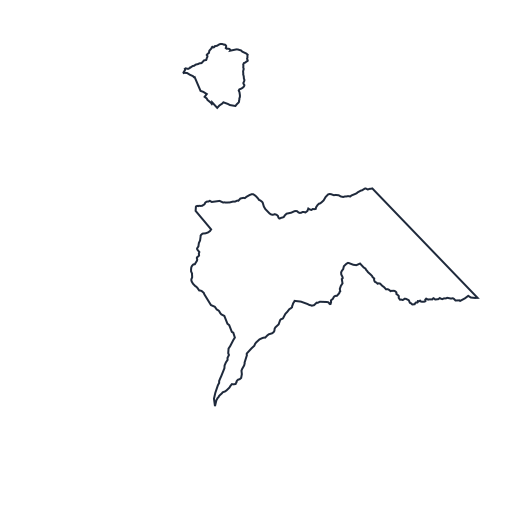 Heredia, Heredia, Costa Rica (orthographic projection), rotated 136°
{"feature_id": "36466004B27145305633617", "entity_name": "Heredia", "entity_type": "district", "adm_level": 2, "iso_a3": "CRI", "parent_name": "Costa Rica", "parent_adm1": "Heredia", "projection": "orthographic", "projection_center": [-84.079, 10.129], "detail": "fine", "context": "isolated", "style": "outline", "palette": "slate", "viewbox_px": 512, "rotation_deg": 136, "n_neighbors": 0, "source": "geoboundaries", "source_scale": "gbopen_adm2", "svg_char_len": 6149}
<svg xmlns="http://www.w3.org/2000/svg" viewBox="0 0 512 512"><g transform="rotate(136 256 256)"><path d="M373.2,189.5L380.2,185.9L385.3,182.6L389.8,176.5L384.8,179.7L382.3,180.5L381.0,180.5L380.1,180.9L378.7,181.0L375.9,180.9L374.7,181.1L373.9,180.8L372.5,180.1L370.6,179.8L366.5,179.8L364.7,180.3L362.4,180.6L361.2,179.2L359.6,178.1L358.8,178.5L357.9,178.6L357.1,179.3L356.0,179.5L354.8,179.5L353.3,178.7L351.4,178.6L348.3,180.8L346.1,183.6L344.4,184.4L340.6,185.5L338.8,186.6L338.2,187.3L331.4,191.0L330.8,192.0L330.0,192.3L323.2,192.7L319.6,192.6L317.8,193.4L316.1,193.7L311.4,193.6L308.3,192.5L306.7,191.6L306.1,190.9L303.1,191.0L301.2,190.8L298.1,189.2L296.2,189.0L294.8,189.4L293.0,190.8L291.6,191.2L287.2,191.1L283.2,193.1L282.1,193.2L280.5,192.5L279.9,192.4L275.0,194.0L272.3,194.1L268.9,194.6L267.3,194.2L265.7,194.1L264.4,195.1L263.4,195.4L262.7,195.9L261.3,196.4L259.9,196.6L259.4,196.9L255.4,192.0L252.3,185.7L251.6,183.6L250.8,182.5L250.4,181.5L248.4,180.3L244.8,180.3L244.2,179.5L241.8,178.7L237.1,173.8L236.2,172.6L236.0,171.0L236.3,170.8L236.3,170.5L236.2,170.0L235.7,169.7L234.1,170.6L232.9,172.0L230.4,171.8L228.8,172.4L227.5,172.5L226.2,171.9L225.6,171.2L224.2,171.2L223.2,171.4L222.2,171.3L221.1,172.0L220.0,172.0L218.6,174.1L215.6,175.6L212.8,176.2L210.3,179.8L209.1,179.8L208.7,180.2L208.2,181.2L207.5,183.5L206.1,185.1L204.5,185.7L202.4,186.0L199.9,187.6L196.5,187.6L194.7,187.2L194.2,186.6L192.1,182.1L190.2,179.7L186.4,178.3L186.5,172.9L186.0,170.9L186.4,169.7L186.5,167.5L186.7,166.8L186.4,162.9L186.4,160.9L186.8,159.9L186.6,157.7L187.3,157.2L188.1,156.0L188.4,154.8L187.8,153.1L187.8,151.6L186.7,151.1L185.9,149.9L185.9,146.9L185.5,144.6L185.6,141.7L184.3,140.6L183.8,139.2L183.6,137.2L183.0,137.0L181.1,135.3L180.6,134.6L180.3,133.5L180.3,132.3L181.4,131.1L181.1,129.4L181.1,128.1L181.4,127.7L182.4,126.8L182.8,124.6L181.6,123.5L181.1,122.5L180.4,122.2L178.7,122.0L177.9,121.0L176.9,118.3L176.9,117.7L177.6,116.1L177.8,115.4L177.3,114.2L177.3,112.8L177.1,112.4L175.4,111.1L174.6,111.4L173.1,111.4L172.2,110.4L171.8,110.4L170.9,111.1L170.0,110.1L169.0,109.9L169.0,108.6L168.7,108.2L167.7,107.1L166.3,106.0L165.3,105.9L164.6,107.0L163.2,107.1L162.5,105.0L161.9,104.8L159.3,102.3L158.3,102.5L157.6,102.3L157.3,100.2L154.8,98.3L153.0,98.1L152.7,97.0L152.0,95.6L150.2,94.9L148.9,93.6L147.5,93.1L145.3,89.9L143.8,88.9L143.4,87.7L143.4,85.4L140.4,82.7L140.4,81.9L135.1,80.4L131.0,79.9L130.3,76.9L127.7,73.8L125.7,72.0L125.4,223.8L126.6,224.5L127.5,225.3L129.4,226.2L130.2,228.4L130.9,228.9L134.2,229.6L135.1,230.2L138.8,231.2L139.9,231.2L141.2,231.6L145.2,233.2L147.0,233.4L147.4,234.2L148.3,235.2L149.7,236.1L150.6,237.0L152.3,237.9L153.7,240.0L154.3,242.2L156.2,244.5L157.8,245.7L159.0,248.2L159.9,249.4L161.3,250.2L164.9,250.1L168.8,249.0L171.9,249.1L173.7,249.4L174.3,249.9L176.3,249.9L179.0,249.3L180.3,248.4L181.3,249.0L182.6,250.4L184.1,250.6L184.5,251.2L185.1,252.4L185.4,253.8L187.7,252.7L190.2,253.0L191.0,254.4L191.9,255.3L193.4,255.7L194.6,256.6L195.2,257.8L195.3,259.6L196.0,260.6L197.2,261.5L200.6,262.7L204.6,265.2L207.4,265.2L208.3,264.8L208.9,264.8L209.9,265.1L211.4,266.0L212.9,266.5L213.2,266.8L213.2,268.0L212.4,269.6L212.6,271.4L213.5,273.1L214.4,273.4L215.6,274.3L216.4,275.7L216.7,277.3L216.7,283.3L216.0,286.1L214.1,289.8L214.0,290.7L214.3,292.9L214.9,294.4L214.6,295.6L214.5,298.8L214.7,300.6L215.1,302.3L216.1,303.4L218.2,304.3L221.7,305.2L223.8,305.4L224.7,306.6L227.3,308.2L230.3,308.0L230.6,308.5L231.1,308.9L233.3,309.7L234.7,311.1L237.7,312.8L240.6,315.4L241.4,316.5L242.5,317.3L243.9,320.9L250.3,325.6L250.9,327.8L252.3,328.2L253.6,329.3L255.0,329.6L255.6,329.6L256.6,329.1L258.0,329.1L258.7,329.4L259.6,329.4L261.1,330.5L262.1,331.7L262.9,332.0L263.4,332.8L264.5,333.3L265.0,333.2L268.1,330.4L269.8,306.3L271.8,305.9L274.3,306.3L276.6,307.4L278.7,309.1L279.4,309.3L281.0,309.3L281.9,309.0L282.4,308.4L285.5,306.0L288.1,305.0L290.8,302.9L293.1,302.4L293.6,301.8L293.8,301.0L294.0,298.2L295.5,297.4L296.5,296.0L297.2,295.8L299.5,296.0L300.1,295.5L300.8,294.2L301.8,293.6L305.0,292.8L305.4,292.6L305.9,292.6L306.4,293.2L307.3,293.5L309.1,293.3L310.4,292.8L312.0,291.5L313.4,290.0L314.2,287.8L315.2,286.8L315.8,286.0L316.9,284.9L318.4,284.3L319.2,283.7L320.0,282.3L320.6,279.8L320.6,276.5L320.3,275.5L320.3,273.7L320.8,270.7L319.9,269.6L319.4,268.5L319.2,265.7L319.8,264.3L322.5,252.0L320.9,248.1L321.4,244.8L320.9,243.1L320.8,242.0L321.4,239.7L321.5,238.1L320.4,234.9L323.6,227.1L323.3,224.9L326.1,218.2L325.6,216.6L327.9,212.0L330.4,211.4L337.2,209.1L340.0,208.5L343.5,205.4L344.2,203.6L347.3,202.5L348.6,201.0L351.5,200.4L354.6,199.1L356.7,197.2L364.5,193.7L366.8,192.8L369.3,191.7L370.7,190.3L373.2,189.5ZM176.5,427.1L176.4,427.3L175.9,427.2L181.2,413.3L179.9,410.7L178.9,406.7L182.4,406.2L182.0,403.5L182.5,402.0L182.0,397.7L182.2,396.0L181.8,396.1L180.8,397.0L181.0,389.5L177.8,389.7L174.4,389.1L172.7,389.2L170.6,384.9L169.9,382.7L166.6,378.2L164.4,378.5L161.8,378.5L161.0,378.8L160.2,379.6L159.5,379.9L158.5,380.9L157.1,381.6L155.9,382.8L154.1,385.3L153.5,387.0L152.2,387.4L150.5,386.7L148.9,386.3L147.1,386.3L146.0,386.7L145.6,387.1L145.4,388.3L145.0,389.2L143.2,389.9L142.1,390.6L141.4,392.1L140.0,393.8L139.0,395.6L138.4,396.1L137.0,397.8L134.9,399.1L134.1,400.6L133.0,401.5L132.2,402.6L130.7,403.2L129.3,402.6L127.7,402.5L126.9,402.2L126.3,402.2L126.0,402.6L125.4,404.1L124.3,404.7L122.9,406.2L122.2,406.5L122.3,408.3L123.9,412.5L124.0,414.4L125.0,416.0L125.4,416.9L126.5,418.2L131.9,421.6L131.5,421.7L131.3,422.0L131.3,423.4L132.3,424.8L133.1,425.4L133.3,426.6L132.3,427.1L131.5,427.9L131.4,429.1L131.6,429.8L132.2,430.1L132.8,431.6L134.0,433.0L135.3,433.7L138.0,434.3L140.0,435.6L140.6,435.3L141.4,435.4L141.7,435.6L142.1,436.8L142.9,436.8L143.6,436.3L146.9,436.1L148.8,434.8L150.5,435.0L151.8,434.8L152.0,433.6L152.5,433.1L154.3,432.4L155.1,431.8L155.7,431.6L157.5,432.8L161.2,432.6L162.9,433.9L164.3,434.3L166.5,435.6L168.3,435.8L169.7,436.7L171.8,437.0L172.3,437.4L173.1,437.2L174.9,437.8L176.3,439.9L177.2,440.0L177.3,439.6L177.8,439.1L180.7,438.4L180.9,437.8L180.1,437.4L178.4,435.4L177.7,432.4L176.4,429.2L176.5,427.1Z" fill="none" stroke="#1e293b" stroke-width="2"/></g></svg>